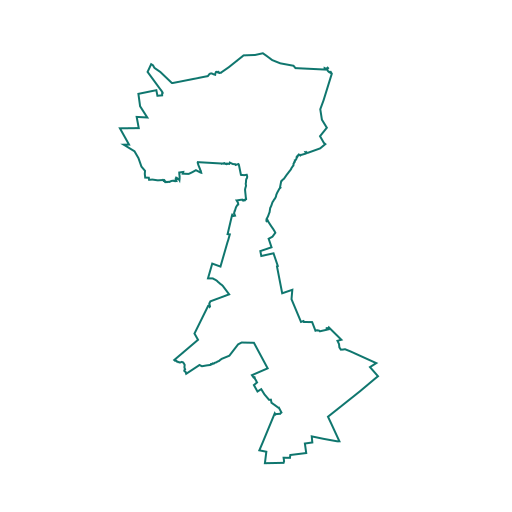 outline of San Luis Potosí, San Luis Potosí, Mexico, rotated 169°
{"feature_id": "50627088B2244666711927", "entity_name": "San Luis Potosí", "entity_type": "district", "adm_level": 2, "iso_a3": "MEX", "parent_name": "Mexico", "parent_adm1": "San Luis Potosí", "projection": "robinson", "projection_center": [-100.954, 22.309], "detail": "fine", "context": "isolated", "style": "outline", "palette": "teal", "viewbox_px": 512, "rotation_deg": 169, "n_neighbors": 0, "source": "geoboundaries", "source_scale": "gbopen_adm2", "svg_char_len": 5984}
<svg xmlns="http://www.w3.org/2000/svg" viewBox="0 0 512 512"><g transform="rotate(169 256 256)"><path d="M261.2,51.4L260.3,54.1L244.3,53.0L243.9,60.5L243.8,62.6L236.3,62.2L235.7,68.3L224.5,63.6L211.4,58.5L209.5,58.2L214.1,77.0L216.0,84.5L179.7,103.4L163.3,112.5L159.2,114.7L165.3,125.2L158.4,127.9L181.6,144.4L186.4,147.5L189.0,147.6L190.6,147.9L191.6,150.4L191.3,153.7L192.2,157.2L188.2,157.5L198.1,172.0L198.7,171.2L198.7,170.2L199.8,170.2L199.4,171.5L199.9,171.6L200.0,171.2L200.2,171.3L200.2,171.0L200.6,171.1L200.8,170.7L200.7,170.3L200.8,170.1L207.7,169.9L208.3,170.7L209.8,171.3L210.1,171.2L210.4,171.5L211.9,171.3L213.5,180.4L221.6,182.1L221.8,183.1L224.4,182.7L229.4,206.8L226.8,215.9L237.4,214.4L237.4,241.8L236.5,242.0L238.3,255.3L250.8,255.0L250.8,260.0L239.1,261.6L240.2,269.9L240.3,270.5L236.2,271.8L232.6,275.1L233.1,276.9L233.5,277.9L233.8,278.8L235.4,282.4L237.3,287.1L237.8,288.9L238.9,288.1L239.1,288.4L238.7,290.0L238.3,290.7L237.7,291.3L236.5,292.9L235.4,294.7L234.9,295.6L234.4,296.2L232.9,300.4L231.9,301.7L231.0,303.1L229.6,305.6L229.3,305.9L228.3,306.9L227.6,307.8L226.4,308.8L225.1,310.5L224.4,312.2L223.1,314.1L220.2,317.6L219.1,318.3L219.4,318.6L217.0,324.6L216.8,324.7L216.5,324.8L216.4,325.0L215.9,325.2L215.7,325.5L215.4,325.7L213.8,326.5L210.2,330.0L208.9,331.1L207.7,332.2L205.7,333.9L204.9,334.7L204.7,335.2L202.9,337.0L202.5,337.4L202.3,337.5L202.1,337.6L201.8,338.2L201.6,339.4L201.1,339.9L200.8,340.4L200.7,340.3L200.2,340.8L200.3,341.0L199.8,341.4L199.6,341.9L199.6,342.5L198.9,342.6L198.6,342.8L197.9,343.6L197.6,344.1L197.5,344.3L197.5,344.5L197.3,344.7L197.3,345.0L197.2,345.5L196.8,345.9L196.5,346.0L196.4,346.1L196.2,345.8L194.9,347.3L194.6,347.5L193.3,346.2L192.6,346.7L192.4,346.6L187.9,347.0L187.2,347.2L187.5,348.2L187.3,348.1L187.0,348.3L186.9,348.4L186.4,347.7L186.3,347.8L185.9,347.9L186.0,347.9L185.9,347.6L185.6,347.5L185.4,347.4L172.5,349.4L166.6,352.6L167.8,354.1L170.3,361.4L162.0,368.4L165.3,377.2L164.9,387.8L160.0,395.9L146.8,420.5L147.0,421.0L147.4,422.1L147.9,421.8L148.3,422.6L148.9,422.3L149.6,423.1L150.9,425.3L151.2,425.0L149.4,426.6L149.8,427.2L151.6,426.1L151.8,426.2L152.5,426.5L152.3,427.0L152.8,427.4L152.9,427.0L152.9,425.9L181.4,432.9L182.9,435.6L195.4,440.5L202.7,445.2L207.6,450.6L210.6,453.7L218.5,453.5L229.9,455.3L246.7,446.5L254.9,442.9L255.2,442.6L255.9,442.6L256.2,442.7L256.6,442.9L257.0,442.6L257.3,442.7L257.5,443.0L257.9,443.9L258.7,443.6L259.3,444.3L260.1,444.3L261.0,443.1L261.5,441.7L262.9,442.4L264.0,443.2L264.7,443.7L266.1,443.8L267.1,443.4L268.9,441.8L302.5,441.7L304.9,441.7L305.6,441.9L314.8,454.9L319.6,459.8L319.8,460.1L320.4,461.7L320.6,462.6L320.8,462.9L322.3,464.3L327.3,457.4L318.6,438.9L316.8,435.2L316.5,434.0L317.0,433.9L317.5,431.6L322.2,432.1L322.2,437.8L340.5,437.6L341.2,425.1L336.3,412.7L346.6,415.3L346.7,403.9L365.2,407.3L359.4,389.6L364.6,390.5L355.3,382.0L352.7,374.5L351.4,365.6L348.7,360.8L349.5,357.8L349.8,354.1L346.3,353.3L346.4,351.2L343.1,350.8L338.0,349.0L333.3,348.4L333.0,348.4L332.8,348.5L332.5,348.2L332.2,347.8L332.2,347.2L331.9,347.1L331.6,347.1L331.8,348.1L331.7,348.1L331.6,347.7L331.4,347.7L331.2,347.4L331.2,347.1L331.1,346.9L331.2,346.1L331.0,345.8L330.3,345.7L330.4,345.9L329.3,345.8L328.3,345.5L327.5,345.5L327.2,345.3L326.7,345.2L326.5,345.4L326.0,345.5L325.8,345.6L324.2,345.8L323.8,345.8L323.2,345.7L322.7,345.5L322.8,345.7L322.6,345.7L321.9,345.3L319.9,344.8L320.2,346.5L319.6,346.5L319.6,347.1L319.7,347.3L319.7,347.7L319.5,347.8L319.4,347.7L319.3,348.1L319.1,348.0L319.2,347.8L318.4,347.0L318.5,346.4L318.2,346.3L318.0,346.5L317.3,346.4L316.9,345.7L316.7,345.1L316.3,346.4L315.8,348.7L315.7,349.9L315.7,350.6L315.4,352.6L311.4,352.4L312.2,350.8L306.8,349.5L306.1,349.5L302.6,350.4L298.6,351.7L294.9,348.8L294.5,348.5L293.9,348.2L294.0,350.4L294.4,351.4L294.4,352.1L295.2,356.2L295.4,358.1L295.4,358.7L295.2,358.8L295.1,359.2L271.9,353.3L271.9,353.1L269.6,353.2L269.6,352.7L269.1,352.7L268.1,352.5L268.1,352.2L267.0,352.2L267.0,351.8L266.0,351.9L264.7,351.5L263.9,352.7L261.2,350.7L258.8,350.0L258.7,349.8L258.6,349.3L255.7,349.6L255.4,348.8L255.3,338.5L255.0,338.3L253.8,338.1L252.2,337.6L249.6,337.5L249.5,336.4L249.5,335.5L249.8,334.7L250.0,334.3L250.1,334.1L250.8,333.4L251.3,332.2L251.8,330.2L252.3,328.9L252.4,326.8L253.5,324.7L254.1,323.2L254.2,322.2L254.4,320.2L254.7,316.6L254.8,316.1L254.8,314.1L254.9,313.6L256.4,313.4L256.4,312.8L257.1,312.8L257.0,313.0L258.4,313.2L258.4,313.8L258.5,313.9L260.5,314.1L261.8,314.1L263.0,314.2L263.8,314.1L264.4,314.2L263.7,312.3L263.5,311.4L263.6,310.0L264.2,309.9L264.6,309.3L265.0,309.2L266.4,307.6L266.6,307.2L268.2,304.2L268.4,304.2L268.6,303.8L269.1,302.8L269.2,302.2L269.4,302.0L269.2,301.2L268.9,299.6L270.7,299.6L271.5,301.0L271.7,300.7L279.7,282.9L277.6,282.2L280.1,277.2L281.5,274.7L292.9,252.4L300.4,256.9L307.4,243.2L302.6,242.2L302.4,241.9L300.3,240.3L299.0,239.0L298.3,237.9L297.3,236.7L296.5,235.6L295.9,234.9L295.3,234.4L294.3,233.0L289.7,223.5L309.4,220.2L310.9,218.3L310.8,215.2L311.2,214.9L311.6,216.4L312.4,216.3L331.2,191.6L328.9,184.8L356.1,169.5L355.4,168.6L355.1,168.7L354.9,168.8L354.1,168.3L353.9,167.5L352.9,167.1L352.6,166.6L352.0,166.6L351.0,165.9L349.1,166.2L347.8,165.4L347.2,164.0L346.8,162.7L347.5,160.5L347.5,159.7L347.2,158.3L348.2,157.5L348.2,156.6L347.2,155.6L347.0,153.7L333.4,159.3L332.3,159.8L330.1,158.1L325.1,158.0L322.3,157.8L321.4,157.8L321.1,158.1L320.7,158.1L320.7,158.5L319.2,158.4L319.0,158.8L318.2,158.5L317.7,158.5L317.1,159.0L315.1,159.2L314.1,159.7L312.3,160.0L311.0,160.8L309.2,161.6L301.2,163.2L290.4,172.7L286.6,173.8L274.6,171.2L266.0,143.5L282.7,139.8L281.5,137.1L280.6,137.3L280.3,135.1L279.6,133.6L279.6,133.0L279.1,131.7L282.7,129.7L280.4,122.7L276.3,124.3L274.1,118.5L270.6,112.3L268.8,112.1L268.8,109.0L262.6,102.4L262.4,102.5L260.9,97.5L262.2,96.8L262.4,96.5L266.5,97.0L267.1,96.7L267.6,98.0L285.2,71.4L289.8,64.6L283.2,61.9L286.8,50.9L268.4,47.7L267.6,49.2L267.4,52.7L261.2,51.4Z" fill="none" stroke="#0f766e" stroke-width="2"/></g></svg>